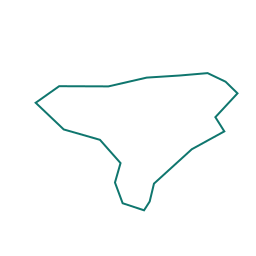 map outline of Kecskemét (orthographic projection), rotated 106°
{"feature_id": "HUN-4915", "entity_name": "Kecskemét", "entity_type": "Urban county", "adm_level": 1, "iso_a3": "HUN", "parent_name": "Hungary", "parent_adm1": "", "projection": "orthographic", "projection_center": [19.681, 46.9], "detail": "fine", "context": "isolated", "style": "outline", "palette": "teal", "viewbox_px": 256, "rotation_deg": 106, "n_neighbors": 0, "source": "natural_earth", "source_scale": "10m", "svg_char_len": 388}
<svg xmlns="http://www.w3.org/2000/svg" viewBox="0 0 256 256"><g transform="rotate(106 128 128)"><path d="M104.7,34.5L130.8,60.8L174.3,87.7L192.7,86.9L202.7,89.9L201.8,112.4L184.0,125.5L163.8,125.5L147.1,151.7L147.1,189.4L129.2,223.7L106.8,205.7L93.4,158.3L74.4,123.9L63.3,92.8L53.3,66.6L56.6,47.0L64.5,32.3L93.5,47.0L104.7,34.5Z" fill="none" stroke="#0f766e" stroke-width="2"/></g></svg>